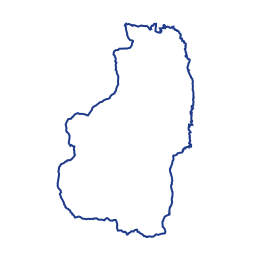 outline of Nucsoara, Arges, Romania, rotated 186°
{"feature_id": "2599482B94508358599951", "entity_name": "Nucsoara", "entity_type": "district", "adm_level": 2, "iso_a3": "ROU", "parent_name": "Romania", "parent_adm1": "Arges", "projection": "albers", "projection_center": [24.784, 45.463], "detail": "fine", "context": "isolated", "style": "outline", "palette": "blue", "viewbox_px": 256, "rotation_deg": 186, "n_neighbors": 0, "source": "geoboundaries", "source_scale": "gbopen_adm2", "svg_char_len": 5753}
<svg xmlns="http://www.w3.org/2000/svg" viewBox="0 0 256 256"><g transform="rotate(186 128 128)"><path d="M141.4,230.9L141.9,229.6L141.2,229.0L140.6,228.0L140.5,226.6L139.2,222.9L138.7,222.0L138.5,220.1L136.7,217.1L135.0,215.6L133.0,215.5L132.2,215.2L132.1,214.1L132.8,213.0L132.9,210.7L134.2,208.1L137.1,207.0L145.1,205.9L145.9,204.6L148.1,204.2L149.8,202.8L150.2,199.8L149.9,199.3L148.8,198.7L148.6,197.4L147.7,196.6L147.3,194.8L147.8,193.0L146.4,191.9L146.3,191.6L146.8,190.9L146.9,190.0L146.7,189.5L146.7,188.2L146.0,186.6L146.4,185.3L146.3,184.6L145.9,184.6L145.2,183.2L144.8,181.2L143.9,180.0L143.0,178.1L142.8,172.9L142.3,170.7L142.4,169.6L142.9,168.9L143.5,167.1L143.8,165.8L143.8,164.2L144.3,162.9L144.8,162.6L145.1,161.7L145.0,161.1L147.8,159.1L148.9,157.6L149.1,156.3L149.5,155.7L151.0,154.8L152.1,154.6L154.1,153.6L155.0,153.0L156.5,151.3L158.5,150.7L162.4,146.9L164.2,145.8L165.5,144.4L165.7,142.5L169.2,136.2L172.3,137.1L175.0,137.3L177.8,136.9L179.3,137.6L181.7,136.4L182.3,135.9L184.2,133.1L185.0,132.6L185.5,131.3L188.4,130.6L189.6,127.5L190.4,124.9L189.8,123.6L189.1,121.1L189.3,119.5L188.7,117.8L187.7,117.3L186.6,116.3L185.3,114.3L185.1,111.2L185.4,107.2L184.9,106.0L183.5,104.8L183.4,104.4L182.6,105.1L180.3,103.9L179.4,104.0L179.3,103.7L179.6,102.8L179.6,101.3L179.4,100.3L178.9,99.5L178.9,98.1L178.6,97.4L178.7,96.7L177.9,95.7L178.7,94.0L181.3,90.5L182.1,90.3L182.8,89.7L183.6,89.8L185.1,89.4L185.5,88.4L186.7,88.1L187.8,86.7L191.1,84.7L191.4,83.3L192.3,82.3L192.3,81.5L192.5,80.8L192.5,79.9L192.3,79.6L192.7,77.5L191.8,75.4L191.8,74.0L191.6,73.1L191.9,71.7L191.8,70.4L192.0,69.9L191.9,68.7L192.2,65.7L191.9,64.6L192.0,63.2L191.0,61.0L188.5,58.9L187.9,57.0L188.9,55.3L186.9,51.2L186.5,50.9L184.0,47.0L183.7,46.3L183.8,45.7L181.9,43.4L182.0,42.8L180.7,41.8L179.0,41.2L177.6,40.1L176.8,39.8L176.4,38.4L174.5,37.1L174.3,36.2L173.8,36.2L172.7,35.3L171.3,33.4L167.6,34.8L166.0,34.5L164.4,33.4L162.9,33.0L161.2,33.2L160.0,32.9L157.9,33.6L156.5,33.4L155.0,33.9L153.1,33.8L152.3,34.5L149.6,34.9L148.0,33.8L144.1,34.1L142.0,33.7L141.6,33.9L140.9,35.2L139.9,36.0L139.2,36.2L138.2,35.7L136.6,34.3L133.9,34.1L132.6,35.0L130.6,35.3L129.0,32.3L128.5,30.3L128.7,29.3L128.4,28.5L128.6,27.6L127.3,24.9L124.0,25.5L122.7,24.5L121.3,24.0L120.3,24.5L119.3,24.1L117.7,21.9L116.9,22.5L116.6,23.4L115.6,23.8L113.7,25.7L111.7,25.6L111.5,26.2L110.4,27.2L108.7,27.9L108.1,27.6L107.8,25.9L106.8,25.6L106.2,25.7L105.1,24.6L103.1,24.0L101.4,22.9L100.9,22.2L99.4,22.3L98.4,21.5L97.3,21.6L96.8,22.2L95.8,22.2L95.1,22.5L93.1,22.3L91.4,22.7L90.1,23.8L89.9,24.4L88.8,25.2L86.7,24.9L82.9,26.6L82.2,26.5L80.2,27.3L80.0,28.9L81.1,31.6L82.0,32.6L83.1,33.2L84.0,38.2L83.3,39.3L83.3,40.5L82.9,41.2L82.3,43.5L80.5,44.9L77.8,46.3L78.2,47.2L77.9,47.3L78.1,47.6L77.9,48.4L78.2,49.0L78.0,49.4L78.3,50.7L78.0,53.4L78.1,53.6L77.1,54.9L76.3,58.9L76.6,59.2L76.6,59.8L77.0,60.9L76.9,61.3L77.1,62.3L76.8,63.6L77.0,63.9L76.7,65.1L76.8,67.1L77.2,69.6L77.8,70.2L79.2,74.9L78.8,76.4L78.4,76.9L78.8,78.4L78.4,80.1L79.2,83.4L80.3,86.3L80.7,86.7L80.7,87.5L81.6,89.0L81.8,89.9L81.7,91.0L82.0,91.6L82.0,92.2L81.6,92.5L81.0,94.6L81.0,95.0L80.4,96.8L80.2,99.8L79.6,100.8L79.5,102.2L80.2,104.7L79.7,105.5L78.5,105.6L76.9,106.4L76.2,107.8L75.8,108.1L71.6,109.4L70.8,111.1L71.3,111.9L71.2,112.2L70.4,112.5L70.3,113.4L68.9,113.7L69.1,114.5L67.1,115.2L66.8,115.6L66.1,115.8L65.5,115.3L65.4,116.2L65.1,116.6L63.5,115.9L63.3,116.2L63.5,116.6L63.4,117.7L63.7,118.1L64.1,118.0L65.6,119.1L65.6,119.6L65.0,119.9L65.2,120.7L64.8,121.5L64.8,122.0L65.3,122.6L65.4,124.5L65.9,124.8L65.9,125.5L65.5,126.5L66.0,127.2L66.6,128.9L66.5,129.4L65.3,130.2L66.1,131.4L67.2,132.2L67.2,132.7L67.6,133.2L67.8,134.7L67.7,135.1L67.1,135.5L67.6,136.0L67.7,137.8L66.8,137.9L66.0,137.3L65.4,137.8L64.4,137.9L64.9,138.6L65.3,139.8L65.9,140.2L66.1,140.7L65.9,141.4L65.0,141.6L65.0,141.9L65.8,142.9L66.0,143.8L66.2,144.1L66.0,145.2L66.3,146.5L65.9,147.4L66.1,147.8L67.1,148.5L66.8,149.0L66.3,149.3L66.1,150.0L66.6,150.4L67.5,150.2L67.6,150.4L66.8,151.4L66.6,151.9L66.7,152.8L65.9,153.3L66.3,154.0L65.4,154.7L65.7,155.1L67.0,155.7L66.8,156.6L65.4,157.3L65.6,158.3L65.5,159.1L65.7,159.6L65.6,161.3L66.2,162.5L66.3,163.8L65.8,164.6L66.2,165.4L66.0,166.0L66.3,166.5L66.6,169.9L67.1,171.7L67.7,172.7L67.7,174.7L68.0,177.4L68.5,179.0L68.3,180.7L68.6,182.0L69.0,182.6L69.3,183.8L70.5,184.6L70.7,185.7L71.5,186.5L73.8,190.5L74.0,190.9L73.4,191.7L74.7,192.6L74.7,193.1L75.0,193.7L75.3,195.0L74.7,196.3L74.7,197.9L74.3,199.3L74.0,199.7L74.0,200.6L73.6,202.0L74.4,202.8L75.8,203.0L76.9,204.9L76.9,205.4L77.6,205.4L77.8,205.0L78.2,205.2L78.3,205.9L77.4,206.8L77.9,207.7L77.8,208.6L78.6,209.3L78.8,210.9L79.7,212.2L79.8,212.6L79.0,213.6L79.0,214.3L79.6,215.3L79.2,215.9L79.3,217.8L80.5,218.3L80.7,219.0L81.3,219.0L81.4,220.1L82.5,220.6L83.2,220.3L83.5,222.4L83.8,222.6L84.6,222.4L85.4,222.7L85.3,223.8L85.6,224.4L85.2,225.2L85.2,225.9L85.4,226.7L86.6,227.4L87.7,229.3L88.3,229.8L89.4,229.7L89.7,230.4L90.0,230.5L91.3,230.4L92.0,231.6L93.4,231.7L93.5,232.3L93.4,233.5L94.8,233.0L96.1,232.0L96.6,231.9L98.0,232.7L99.3,233.0L101.0,232.0L102.2,233.9L102.7,234.2L103.3,234.1L103.5,233.1L102.9,231.5L102.5,231.1L103.9,231.1L105.2,230.5L106.6,230.4L105.9,229.5L106.0,229.2L105.4,229.0L104.9,228.3L105.4,228.0L105.1,227.2L106.0,227.0L106.0,226.5L106.4,226.5L106.4,226.1L107.4,226.3L108.6,226.2L110.8,227.2L111.0,230.9L111.5,231.0L111.1,231.1L110.8,231.9L111.0,234.5L112.8,234.3L113.1,233.4L113.9,232.3L114.4,232.2L114.7,232.4L115.2,231.9L115.8,230.3L115.5,229.8L115.6,229.1L115.4,228.8L116.1,228.7L116.4,228.2L117.3,229.0L118.7,230.7L120.2,231.5L121.6,231.0L122.9,231.2L123.9,231.0L125.3,231.4L128.6,229.9L132.0,230.8L134.4,230.8L134.4,230.2L137.9,231.6L140.4,230.8L140.9,231.5L141.4,230.9Z" fill="none" stroke="#1e3a8a" stroke-width="2"/></g></svg>